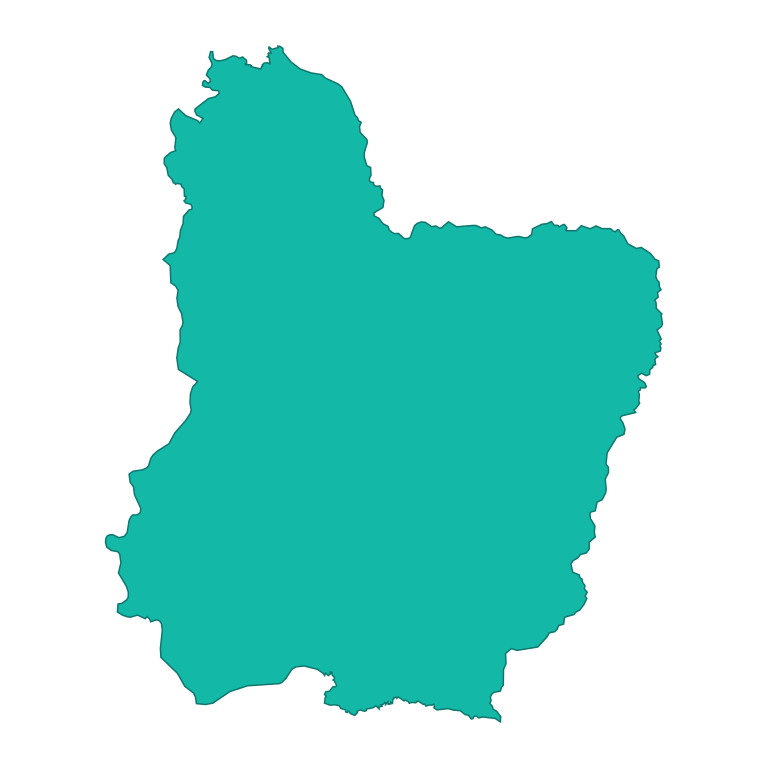 the district of Phu Phiang, Nan, Thailand
{"feature_id": "78962969B69096812257828", "entity_name": "Phu Phiang", "entity_type": "district", "adm_level": 2, "iso_a3": "THA", "parent_name": "Thailand", "parent_adm1": "Nan", "projection": "mercator", "projection_center": [100.851, 18.8], "detail": "fine", "context": "isolated", "style": "filled", "palette": "teal", "viewbox_px": 768, "rotation_deg": 0, "n_neighbors": 0, "source": "geoboundaries", "source_scale": "gbopen_adm2", "svg_char_len": 6067}
<svg xmlns="http://www.w3.org/2000/svg" viewBox="0 0 768 768"><path d="M658.7,260.9L655.0,259.3L650.5,253.5L641.2,247.4L636.5,248.5L627.8,243.8L623.7,235.9L620.5,233.1L618.8,229.8L617.7,229.6L615.2,231.7L613.0,231.0L610.6,228.6L601.9,228.6L596.0,225.9L590.1,228.8L581.3,225.7L576.3,230.7L566.3,230.7L565.8,230.3L566.9,227.8L564.6,224.6L563.3,224.5L559.2,226.8L557.8,225.3L554.4,225.4L551.4,221.6L546.8,223.7L542.1,224.2L532.5,228.8L531.7,234.3L528.0,237.3L525.1,237.9L518.3,236.4L507.8,238.1L504.3,237.2L500.8,235.0L496.1,234.3L491.8,229.9L485.3,226.8L481.3,227.9L476.5,225.6L473.4,225.4L456.6,226.8L448.4,221.8L441.7,227.7L439.7,228.2L435.7,225.9L431.7,226.7L425.4,222.4L421.3,221.9L417.2,223.4L414.5,225.7L410.2,237.5L408.4,238.5L404.4,238.7L398.4,233.4L394.5,233.7L391.8,232.2L389.2,229.9L388.0,226.3L382.9,223.7L379.0,218.4L374.0,215.7L374.1,212.8L382.9,207.5L384.0,200.4L382.0,195.6L382.5,189.9L380.7,188.5L380.1,186.0L375.6,186.2L373.6,184.6L373.5,182.5L370.4,181.9L369.6,180.9L369.5,178.2L371.0,175.5L370.6,167.5L366.8,165.6L364.2,156.9L364.4,152.2L367.2,143.1L367.1,139.9L360.2,132.4L359.5,126.7L361.2,122.3L358.7,120.8L357.3,117.5L355.1,115.4L350.5,101.3L341.8,86.8L337.8,83.8L325.2,78.0L321.7,74.6L311.0,72.9L300.0,68.9L290.9,61.8L283.1,52.2L282.9,48.4L279.8,46.3L277.9,46.1L278.2,47.5L272.1,49.3L269.1,47.0L268.6,48.2L271.2,53.1L268.6,53.0L268.0,53.9L268.8,55.6L267.2,56.7L269.2,57.6L269.9,63.7L267.0,62.7L264.0,63.2L262.2,64.9L262.6,66.2L261.6,66.6L260.9,69.0L250.9,66.6L251.2,65.6L250.0,64.8L245.3,64.6L245.2,63.9L246.6,63.5L246.5,60.3L242.6,57.0L239.2,58.2L236.2,56.3L233.0,55.8L225.2,59.6L220.4,60.8L216.3,60.6L213.5,58.5L212.7,51.7L210.6,51.6L209.1,57.5L211.9,63.2L211.9,65.2L211.1,67.3L208.5,69.8L206.4,75.0L209.9,78.8L210.3,81.5L208.3,83.4L205.0,80.6L203.9,80.7L202.8,82.4L202.4,85.3L205.4,87.1L209.6,87.3L212.5,90.2L218.5,90.8L219.3,93.2L215.3,96.8L208.4,98.6L195.0,109.0L194.9,111.3L196.8,115.0L203.0,118.4L199.7,123.2L197.8,120.7L185.5,115.5L178.5,108.9L174.6,112.1L171.1,118.7L170.2,123.7L171.4,130.1L175.9,137.7L174.8,147.8L175.6,150.7L170.4,152.6L164.3,158.1L164.2,163.7L166.8,167.8L168.3,175.5L171.8,179.0L173.4,182.9L175.1,183.2L175.5,184.3L177.5,183.4L181.2,184.3L181.7,186.6L184.1,188.7L184.4,196.2L185.9,196.4L185.8,199.1L184.0,200.9L185.6,202.9L190.9,204.4L192.1,206.8L191.8,209.2L189.0,210.0L183.5,216.3L183.1,223.6L180.5,230.1L179.7,237.5L178.2,240.3L176.8,248.4L175.2,251.6L173.9,252.9L168.8,254.1L163.1,259.5L170.2,265.6L170.8,282.7L175.8,286.2L178.1,290.4L176.9,298.1L178.0,306.3L181.6,313.7L183.0,322.3L182.3,325.7L180.1,329.9L180.2,342.4L178.2,348.1L176.8,357.9L178.4,369.4L197.6,381.5L192.7,387.0L190.4,394.1L190.0,403.1L191.2,409.8L190.4,413.3L185.7,420.5L174.9,432.8L168.9,443.8L157.5,451.0L153.3,454.7L150.9,458.2L148.5,465.9L146.6,468.0L142.1,469.9L133.2,471.2L129.1,474.0L130.1,482.0L133.5,486.9L134.5,494.8L140.8,508.4L140.3,512.6L137.1,514.9L132.5,515.0L130.6,517.3L129.1,520.5L127.2,532.5L124.3,536.3L119.0,537.7L113.2,534.9L110.3,534.6L107.3,535.9L105.9,538.4L105.5,542.5L106.8,547.2L111.3,550.5L117.8,551.7L119.7,554.1L120.9,562.9L118.5,573.0L126.4,586.3L128.3,592.0L128.2,597.3L126.6,599.9L122.0,603.3L118.0,604.0L117.4,612.0L122.8,615.3L127.9,616.9L130.4,617.2L137.6,615.1L145.3,618.7L147.1,616.6L149.7,619.2L150.7,621.8L156.6,619.8L159.7,620.9L161.5,623.9L162.3,630.2L160.4,648.3L160.9,657.4L177.4,673.3L184.8,686.3L193.5,693.0L195.5,697.1L196.4,703.6L205.3,704.5L212.7,703.2L230.0,691.5L247.4,685.8L279.5,683.6L282.1,682.3L286.1,678.2L291.7,669.5L295.8,666.9L304.2,666.0L317.4,669.3L323.0,673.2L324.7,675.5L325.5,673.0L328.3,675.6L330.6,673.8L330.1,672.1L331.7,672.1L332.4,675.5L334.4,677.1L334.1,679.3L333.1,680.0L334.1,680.5L336.7,685.6L335.5,686.8L333.0,686.7L329.5,691.2L325.8,691.7L324.5,694.5L326.2,696.2L325.1,697.9L324.5,703.1L330.0,705.2L334.9,704.8L339.2,705.7L340.9,708.5L345.4,709.8L345.9,712.1L347.2,712.5L348.7,711.2L350.4,713.6L354.9,715.4L357.2,712.9L357.1,711.4L359.9,709.9L364.6,711.3L366.3,710.6L366.6,709.0L373.0,707.8L375.9,705.8L379.1,708.9L379.1,706.8L382.0,706.3L380.8,704.9L382.8,704.6L384.7,702.5L385.5,702.7L385.5,704.6L387.8,702.0L388.2,704.3L390.9,703.9L390.7,702.3L392.5,703.3L392.8,699.5L394.0,698.7L393.8,697.7L395.9,697.2L396.8,698.4L398.2,696.9L404.1,700.9L405.0,700.1L407.9,701.3L409.3,703.2L412.0,702.4L415.8,702.8L418.0,700.9L423.1,704.3L425.0,704.4L425.9,706.1L429.7,704.9L431.9,705.3L433.7,704.2L434.5,705.7L433.9,707.8L437.0,709.9L448.1,708.6L453.4,710.1L460.3,710.7L465.1,714.6L468.4,715.2L471.3,719.0L472.9,718.7L474.1,716.3L476.1,715.9L478.9,717.9L482.4,717.0L495.1,718.4L500.4,721.9L500.7,716.6L496.5,711.1L493.1,709.2L492.4,706.4L489.8,703.3L491.1,700.6L490.4,696.9L491.5,694.5L493.8,692.4L500.4,691.1L501.5,687.4L503.3,685.3L503.5,669.5L506.0,663.9L505.6,653.4L511.5,648.6L516.9,650.4L537.8,647.0L547.2,636.7L549.2,632.9L554.7,631.7L556.9,629.7L558.8,625.5L563.6,624.1L564.6,617.2L573.7,614.6L576.2,611.9L579.8,610.0L583.8,604.7L586.8,598.6L585.1,596.2L587.2,592.2L584.3,588.8L585.0,585.7L582.6,582.4L582.0,579.0L579.9,577.8L579.3,574.9L572.8,572.3L570.9,564.1L573.0,560.7L578.1,557.6L580.5,554.4L586.2,553.1L589.3,549.0L589.1,542.1L595.3,537.0L594.3,532.4L594.9,526.0L590.4,518.4L590.0,513.4L591.1,511.9L595.2,510.9L597.1,502.1L602.2,499.7L605.7,492.7L606.2,488.9L605.2,479.2L608.5,472.5L608.4,467.2L606.0,464.2L607.2,452.8L616.7,437.3L624.0,434.3L625.0,429.0L622.8,422.6L620.3,418.8L620.5,417.3L622.3,415.7L635.7,412.5L633.8,409.9L635.8,408.5L639.6,403.4L638.8,401.0L639.4,395.1L638.3,391.0L640.2,390.1L640.4,387.8L645.1,387.9L646.4,386.6L644.5,382.5L638.8,378.8L637.9,375.7L641.6,373.2L646.1,375.7L649.6,374.3L649.9,369.6L652.7,367.5L653.0,365.4L655.6,364.6L654.9,359.7L655.8,357.9L657.9,356.8L655.4,354.3L655.1,352.8L660.4,351.0L660.8,347.9L659.9,345.8L661.1,343.9L659.3,340.9L661.2,339.1L657.1,330.0L661.5,326.5L662.5,323.8L661.2,315.8L661.8,313.9L656.4,308.5L656.0,302.4L654.7,300.0L658.2,297.1L657.5,292.5L661.1,289.8L659.4,286.8L659.1,282.2L656.9,279.8L655.8,276.6L656.9,268.9L659.3,267.1L658.7,260.9Z" fill="#14b8a6" stroke="#0f766e" stroke-width="1.5"/></svg>